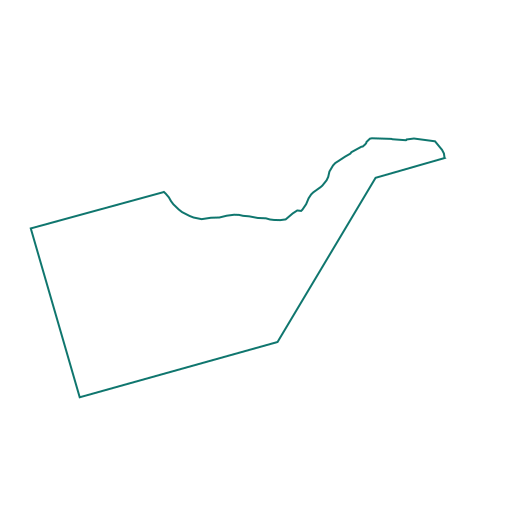 the district of Pope, Illinois, United States of America, rotated 254°
{"feature_id": "52423323B18318223165112", "entity_name": "Pope", "entity_type": "district", "adm_level": 2, "iso_a3": "USA", "parent_name": "United States of America", "parent_adm1": "Illinois", "projection": "equal_earth", "projection_center": [-88.477, 37.334], "detail": "fine", "context": "isolated", "style": "outline", "palette": "teal", "viewbox_px": 512, "rotation_deg": 254, "n_neighbors": 0, "source": "geoboundaries", "source_scale": "gbopen_adm2", "svg_char_len": 943}
<svg xmlns="http://www.w3.org/2000/svg" viewBox="0 0 512 512"><g transform="rotate(254 256 256)"><path d="M168.8,47.6L167.4,253.0L298.2,392.5L298.2,464.4L298.4,464.3L302.7,464.9L306.7,464.1L316.9,459.7L325.4,440.2L326.5,432.9L326.0,432.4L326.0,431.9L330.6,419.4L331.3,418.3L337.2,399.9L337.4,397.9L335.2,393.7L334.1,393.0L333.2,391.7L331.8,388.8L332.0,387.4L329.5,376.3L328.4,374.9L327.0,369.2L323.5,357.8L321.8,355.0L317.0,349.9L312.1,347.2L309.3,344.7L305.4,339.2L304.5,337.3L301.4,328.6L300.0,326.0L297.0,322.5L292.0,318.5L287.7,313.3L286.9,311.8L288.4,308.2L286.8,303.0L283.0,294.6L283.8,289.2L285.7,283.2L287.3,279.4L289.5,275.9L292.1,268.1L296.0,260.4L298.2,254.6L300.2,251.0L301.7,246.3L302.8,239.0L303.1,231.4L305.2,223.2L306.4,213.9L310.2,206.6L312.8,203.2L318.6,197.0L322.1,194.5L328.5,190.8L332.2,189.4L336.4,188.4L340.8,186.4L343.0,185.1L342.9,184.2L344.6,47.1L168.8,47.6Z" fill="none" stroke="#0f766e" stroke-width="2"/></g></svg>